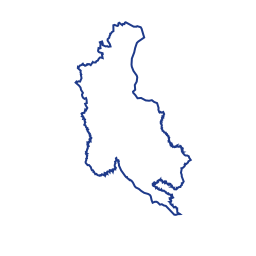 the district of Khao Saming, Trat, Thailand, rotated 156°
{"feature_id": "78962969B42542221471350", "entity_name": "Khao Saming", "entity_type": "district", "adm_level": 2, "iso_a3": "THA", "parent_name": "Thailand", "parent_adm1": "Trat", "projection": "equal_earth", "projection_center": [102.413, 12.449], "detail": "fine", "context": "isolated", "style": "outline", "palette": "blue", "viewbox_px": 256, "rotation_deg": 156, "n_neighbors": 0, "source": "geoboundaries", "source_scale": "gbopen_adm2", "svg_char_len": 5776}
<svg xmlns="http://www.w3.org/2000/svg" viewBox="0 0 256 256"><g transform="rotate(156 128 128)"><path d="M117.5,29.0L115.5,28.2L115.6,28.4L116.3,29.0L116.4,29.6L117.1,30.2L117.2,31.1L115.8,34.5L116.4,34.7L116.3,35.9L116.9,36.8L118.3,36.7L118.8,38.6L118.5,39.8L119.5,39.9L119.5,40.6L120.1,41.6L119.6,42.4L120.1,43.5L118.9,43.1L118.1,43.8L118.2,45.5L118.8,45.8L118.5,46.9L117.5,46.4L116.4,47.4L116.3,47.0L116.8,46.4L116.6,46.1L115.1,46.1L115.4,47.5L114.9,49.2L115.3,49.3L115.8,48.2L116.4,49.0L116.8,50.4L117.6,50.9L117.7,52.0L118.0,52.1L118.4,51.5L119.6,53.3L119.5,54.4L120.5,55.3L120.7,56.2L122.3,56.7L122.5,58.4L123.3,57.9L124.7,59.0L125.0,59.5L124.6,60.2L125.5,60.4L125.7,62.0L126.9,61.7L126.7,63.1L128.4,64.8L128.6,65.8L128.2,66.7L127.6,66.3L127.1,67.1L126.5,66.5L127.1,66.5L127.1,65.9L126.0,65.6L125.7,65.8L126.1,67.2L125.9,67.5L124.9,66.3L123.9,66.3L123.0,67.0L122.9,66.3L122.4,66.5L122.5,67.1L122.0,67.0L121.5,67.7L120.3,67.9L119.9,67.3L119.3,67.7L119.4,67.4L118.6,66.9L118.9,66.3L118.2,65.8L118.5,64.1L116.6,64.3L116.7,63.1L115.8,63.5L116.0,62.7L115.1,63.0L115.3,61.9L114.6,61.1L114.6,60.2L114.0,59.7L113.6,60.0L113.6,59.4L112.4,60.0L112.0,59.7L112.1,58.7L111.3,57.6L111.6,56.8L112.2,56.7L111.6,56.4L111.6,55.7L110.3,54.8L110.7,53.9L110.6,53.2L108.9,52.3L108.3,52.5L107.9,53.4L107.4,52.8L106.0,53.4L104.1,52.8L103.2,53.8L102.0,54.0L101.3,55.6L100.6,55.3L98.9,56.5L98.6,61.9L98.0,63.3L97.8,65.6L95.7,68.6L95.6,69.5L94.1,69.3L92.0,70.0L91.0,70.9L91.2,71.5L90.7,71.9L90.3,71.7L90.2,72.0L89.4,71.4L87.2,72.1L86.4,73.0L83.7,73.3L84.2,76.0L84.0,77.4L85.0,78.7L86.6,79.4L87.3,80.4L88.1,83.1L88.0,83.5L87.6,83.5L88.2,83.9L88.2,84.3L87.8,84.1L87.8,85.2L87.3,85.2L87.0,85.8L87.4,86.5L86.3,87.2L87.0,88.3L87.4,88.2L87.2,89.0L87.6,89.3L87.2,89.9L87.5,90.3L87.9,89.8L88.8,90.4L89.3,90.2L90.7,91.3L90.8,91.8L90.4,92.1L91.0,92.1L91.0,92.7L91.4,91.2L92.5,91.4L92.4,91.8L92.8,92.0L93.6,91.8L94.5,92.8L94.5,94.0L95.0,93.3L95.2,93.9L95.5,93.9L95.3,94.4L96.1,94.9L95.8,96.1L94.8,96.5L95.1,97.2L95.7,97.2L95.5,98.1L95.8,98.8L96.4,99.0L96.1,99.9L95.4,99.9L94.9,102.3L94.5,102.1L94.2,102.5L94.7,103.9L94.4,104.3L95.4,105.6L95.4,106.2L94.8,106.0L94.8,106.6L95.4,107.4L95.4,107.9L95.8,107.8L95.8,108.6L96.7,109.2L96.8,110.5L97.6,111.4L97.3,112.5L97.6,113.8L96.8,114.2L97.0,115.2L95.9,116.8L96.1,117.7L95.8,118.1L96.2,118.8L95.6,120.4L95.2,120.7L94.7,120.3L94.5,121.5L93.4,121.5L92.9,123.3L91.6,123.0L91.4,123.6L91.9,124.2L91.8,124.8L90.5,124.6L90.1,125.5L89.3,126.0L89.3,128.3L90.8,128.2L91.8,129.5L92.7,129.1L93.0,129.6L92.8,132.3L91.9,133.9L91.3,138.9L93.5,141.1L94.9,143.7L97.6,144.3L100.6,146.0L103.8,150.1L107.2,151.3L107.9,155.1L108.9,158.0L108.6,159.2L105.9,160.0L104.3,164.5L101.2,166.8L98.9,170.6L98.7,172.4L99.8,177.9L99.6,182.4L99.0,184.5L96.2,189.9L91.6,194.5L88.9,198.2L85.3,202.1L83.5,202.8L76.4,204.1L75.2,213.3L75.4,214.9L78.2,217.3L79.0,217.1L81.6,218.3L87.1,225.5L88.0,225.5L89.0,224.4L90.3,225.1L91.4,224.3L93.2,227.7L94.2,227.5L95.1,225.8L95.6,225.5L96.3,225.6L98.4,227.7L99.6,227.8L101.9,222.4L103.9,222.1L105.1,221.2L105.9,221.4L106.6,220.0L107.2,219.8L108.4,218.1L110.5,217.4L111.1,216.1L110.5,212.0L110.8,209.6L113.0,210.2L113.7,211.2L115.2,211.6L117.4,214.0L116.7,215.5L116.5,217.6L118.9,217.8L119.0,217.3L118.3,216.1L119.3,215.3L120.3,213.5L120.6,212.1L121.5,212.2L122.4,213.0L124.0,210.6L123.8,209.4L123.3,208.7L120.8,206.7L121.1,205.6L122.0,205.5L122.7,202.2L124.1,203.5L125.1,203.8L127.1,202.8L128.0,201.9L129.7,201.9L130.9,201.0L133.1,202.0L133.3,202.6L136.5,200.6L137.5,202.2L138.8,202.7L139.1,202.4L139.4,202.9L141.0,202.2L141.9,202.3L142.2,203.2L143.0,203.7L143.1,205.1L143.6,205.0L143.8,204.4L146.7,204.6L148.2,203.6L148.8,204.3L149.5,203.1L147.9,199.6L148.8,198.1L148.8,197.1L149.3,196.2L149.0,195.8L149.5,195.4L150.2,192.4L152.9,189.9L154.3,190.8L155.9,190.6L156.2,191.4L157.4,190.8L155.5,186.7L154.9,184.2L155.4,182.0L154.9,178.4L156.4,177.3L156.8,176.0L156.8,174.1L155.9,172.3L154.2,172.4L154.4,170.6L155.5,167.5L157.3,167.6L157.4,165.7L157.0,162.9L159.2,161.2L159.6,162.2L161.7,159.6L163.8,160.3L164.6,160.0L164.5,157.3L165.2,157.2L164.2,155.7L165.2,154.6L164.4,154.4L163.8,153.2L164.8,152.3L164.6,150.6L165.3,150.3L165.7,149.4L166.6,148.7L165.8,147.7L166.0,145.8L165.2,144.5L165.9,144.1L166.2,143.5L166.1,143.0L165.4,143.1L165.1,142.8L165.9,142.2L166.2,141.2L165.6,139.9L165.8,139.3L165.2,138.4L165.9,137.5L165.3,136.7L165.4,136.3L166.1,135.9L165.5,133.8L165.8,133.6L166.0,134.4L166.3,134.5L167.1,132.4L167.5,133.5L167.8,133.4L167.8,131.3L168.4,131.8L169.0,130.9L169.8,131.3L170.2,130.5L170.9,131.0L170.9,130.4L171.7,129.9L171.9,129.1L171.2,128.7L171.3,127.3L172.4,127.2L173.2,125.5L173.8,125.4L175.2,123.5L176.2,123.3L176.3,122.7L175.6,121.2L176.9,121.3L176.5,119.2L177.5,118.2L177.8,117.0L178.7,116.9L179.1,115.7L180.6,114.2L180.8,113.2L180.0,110.5L178.7,110.0L177.9,107.4L178.2,104.7L178.1,104.0L177.3,103.7L177.1,102.6L177.4,101.9L176.9,101.7L176.7,99.1L175.5,98.9L175.1,97.5L173.2,95.8L172.5,96.3L171.6,95.6L170.6,96.3L169.0,94.5L168.3,95.5L168.2,93.8L167.3,94.6L167.0,95.7L165.9,94.7L166.0,95.6L165.3,95.3L165.0,96.3L164.5,96.6L162.9,95.8L162.7,95.2L161.8,96.9L161.2,96.6L160.7,95.6L159.7,96.1L159.6,94.2L158.1,96.2L156.6,95.4L156.4,96.3L155.8,96.1L155.3,96.5L155.7,98.1L155.5,99.0L154.6,100.4L153.7,101.0L153.6,102.4L151.8,103.0L151.4,105.2L150.9,105.3L151.3,103.1L149.9,102.5L149.9,101.9L150.0,101.3L150.6,101.4L150.8,100.9L150.9,98.9L151.5,97.4L151.5,92.1L150.1,85.2L149.7,83.9L148.9,83.6L149.0,82.3L148.0,80.9L147.8,79.8L147.2,79.8L146.8,78.9L146.3,78.6L145.7,76.2L145.5,72.0L145.0,70.5L142.9,68.0L141.5,65.1L139.6,62.2L136.4,59.5L135.3,58.0L135.0,56.4L135.8,52.4L135.9,49.7L133.6,49.7L132.1,49.1L131.2,48.1L130.0,45.0L128.1,44.6L126.8,42.7L125.1,41.4L121.0,30.0L119.6,29.2L117.5,29.0Z" fill="none" stroke="#1e3a8a" stroke-width="2"/></g></svg>